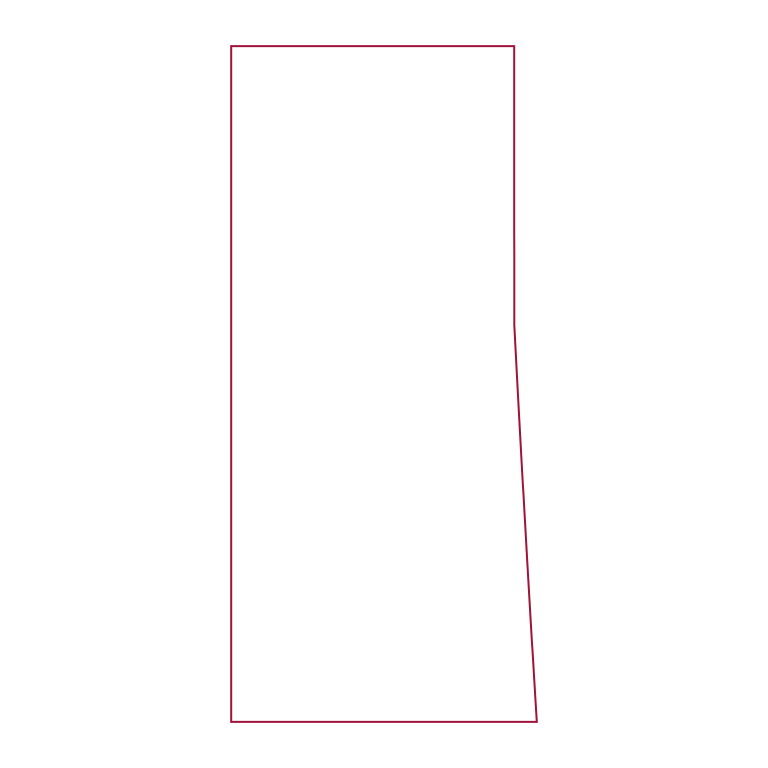 map outline of Saskatchewan (Mercator projection)
{"feature_id": "CAN-631", "entity_name": "Saskatchewan", "entity_type": "Province", "adm_level": 1, "iso_a3": "CAN", "parent_name": "Canada", "parent_adm1": "", "projection": "mercator", "projection_center": [-105.491, 54.496], "detail": "fine", "context": "isolated", "style": "outline", "palette": "rose", "viewbox_px": 768, "rotation_deg": 0, "n_neighbors": 0, "source": "natural_earth", "source_scale": "10m", "svg_char_len": 1724}
<svg xmlns="http://www.w3.org/2000/svg" viewBox="0 0 768 768"><path d="M441.8,721.9L436.8,721.9L429.0,721.9L421.3,721.9L413.5,721.9L406.1,721.9L397.9,721.9L390.2,721.9L382.4,721.9L374.6,721.9L366.8,721.9L359.0,721.9L351.3,721.9L343.5,721.9L335.7,721.9L327.9,721.9L320.2,721.9L312.4,721.9L304.6,721.9L296.8,721.9L289.0,721.9L281.3,721.9L273.5,721.9L265.7,721.9L257.9,721.9L250.2,721.9L242.4,721.9L234.6,721.9L231.2,721.9L231.2,721.5L231.2,702.9L231.2,684.2L231.2,665.3L231.2,646.3L231.2,627.2L231.2,607.9L231.2,588.5L231.2,568.9L231.2,549.2L231.2,529.3L231.2,509.3L231.2,489.1L231.2,468.7L231.2,448.2L231.2,427.5L231.2,406.6L231.2,385.6L231.2,364.4L231.2,343.0L231.2,321.4L231.2,299.6L231.2,277.7L231.2,255.5L231.2,233.1L231.2,210.5L231.2,187.7L231.2,164.7L231.2,141.4L231.2,118.0L231.2,94.2L231.2,70.3L231.2,46.1L248.9,46.1L266.6,46.1L284.3,46.1L302.0,46.1L319.7,46.1L337.3,46.1L355.0,46.1L372.7,46.1L390.4,46.1L408.1,46.1L425.8,46.1L443.5,46.1L461.2,46.1L478.9,46.1L496.5,46.1L514.2,46.1L514.2,54.1L514.2,62.1L514.2,70.1L514.2,78.0L514.2,117.3L514.2,156.0L514.2,194.0L514.2,231.5L514.3,255.2L514.3,278.7L514.3,302.0L514.3,325.1L515.0,338.6L515.7,351.9L516.4,365.3L517.1,378.5L517.8,391.7L518.5,404.8L519.2,417.8L519.9,430.8L520.6,443.7L521.3,456.5L522.0,469.3L522.7,482.0L523.5,494.6L524.2,507.2L524.9,519.7L525.6,532.1L526.3,544.5L527.0,556.9L527.7,569.1L528.4,581.4L529.1,593.5L529.8,605.6L530.5,617.7L531.2,629.7L531.9,641.6L532.7,653.5L533.4,665.3L534.1,677.1L534.8,688.8L535.5,700.5L536.2,712.1L536.8,721.9L530.2,721.9L522.4,721.9L514.6,721.9L506.8,721.9L499.1,721.9L491.3,721.9L483.5,721.9L475.7,721.9L467.9,721.9L460.2,721.9L452.4,721.9L444.6,721.9L441.8,721.9Z" fill="none" stroke="#9f1239" stroke-width="2"/></svg>